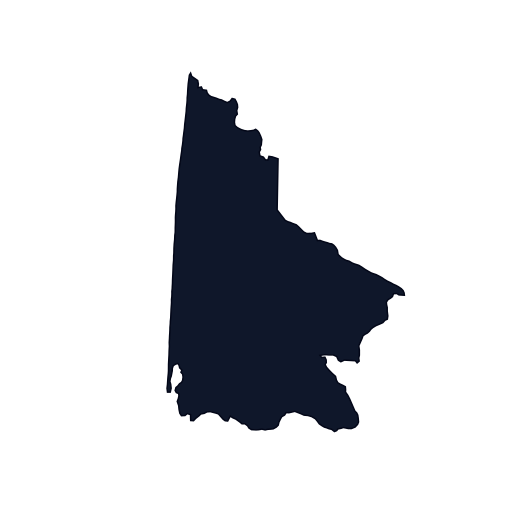 Conde, Bahia, Brazil, rotated 161°
{"feature_id": "56859067B41531106356", "entity_name": "Conde", "entity_type": "district", "adm_level": 2, "iso_a3": "BRA", "parent_name": "Brazil", "parent_adm1": "Bahia", "projection": "robinson", "projection_center": [-37.676, -11.864], "detail": "fine", "context": "isolated", "style": "filled", "palette": "ink", "viewbox_px": 512, "rotation_deg": 161, "n_neighbors": 0, "source": "geoboundaries", "source_scale": "gbopen_adm2", "svg_char_len": 4452}
<svg xmlns="http://www.w3.org/2000/svg" viewBox="0 0 512 512"><g transform="rotate(161 256 256)"><path d="M384.0,156.1L381.4,155.2L379.3,158.6L378.4,162.6L378.3,165.4L376.8,168.2L375.3,170.0L373.8,172.6L372.6,174.7L371.6,177.2L369.9,179.3L367.4,179.9L364.9,179.9L364.3,177.6L364.6,175.1L363.2,172.3L364.8,170.5L363.8,168.2L364.4,165.2L365.9,162.2L367.6,160.7L369.9,160.1L372.3,158.5L374.5,157.7L376.2,155.2L375.8,152.8L373.9,151.2L374.4,148.8L375.9,146.4L377.8,144.1L377.8,139.7L378.7,136.0L379.2,132.1L378.5,129.3L375.1,128.3L372.3,129.4L369.5,127.3L370.5,124.4L371.3,121.7L368.7,120.6L365.9,122.1L361.9,123.5L359.6,124.6L356.2,124.1L353.1,124.6L349.8,123.7L347.4,122.1L345.0,120.5L342.9,118.9L341.6,115.7L340.2,112.3L338.8,110.3L336.5,109.2L334.4,111.2L332.5,113.0L330.6,110.6L328.2,108.4L325.3,104.3L323.9,101.9L321.1,101.0L319.2,98.2L318.7,95.7L316.8,93.3L312.6,91.6L310.1,90.9L306.8,90.4L304.0,88.6L301.3,88.3L298.3,87.5L296.0,87.0L292.6,87.6L290.1,88.8L288.4,91.5L285.9,94.0L284.0,95.7L280.8,96.3L278.5,98.1L275.9,97.1L273.1,96.8L269.9,96.5L267.4,94.4L264.8,92.2L262.4,89.9L258.8,88.3L255.6,86.0L252.8,82.7L251.7,79.7L250.8,76.7L248.9,74.1L247.1,72.0L245.0,70.5L243.2,68.9L240.9,67.5L239.0,64.5L236.7,64.6L234.7,65.8L231.7,65.4L229.3,65.4L227.0,64.1L225.0,62.9L222.1,61.8L218.0,62.0L214.8,63.7L213.1,65.7L212.2,69.3L211.6,72.4L211.9,74.9L213.0,77.1L214.0,90.1L214.6,94.4L215.7,98.2L214.8,100.5L214.1,103.3L216.2,105.6L218.1,107.4L219.9,109.5L220.4,112.4L220.0,116.3L222.1,120.0L224.0,124.0L225.6,127.9L226.0,130.9L224.3,132.3L223.5,134.9L223.8,137.9L227.0,138.7L227.8,141.2L224.3,140.6L221.9,139.9L219.2,138.7L215.2,137.3L212.4,134.7L212.0,130.6L210.2,128.4L206.4,128.8L196.1,124.6L195.2,122.0L192.7,123.0L192.1,126.1L190.6,128.5L188.9,133.4L188.1,137.6L182.7,143.4L180.9,145.7L178.4,146.5L175.8,146.9L173.2,148.0L171.4,149.3L168.9,150.3L165.3,151.1L161.0,151.4L157.8,151.7L154.9,153.3L152.4,153.5L150.9,156.4L149.9,161.1L148.7,164.6L148.4,167.4L147.8,169.9L145.5,171.7L142.4,172.4L140.2,173.2L138.3,175.6L135.1,174.7L133.5,172.7L128.5,170.6L128.0,172.9L128.2,175.4L129.3,177.8L131.4,180.6L133.2,182.6L135.3,184.5L137.3,186.8L140.1,189.5L142.5,192.4L143.9,194.4L146.0,196.7L148.5,199.3L150.9,201.1L152.7,202.6L154.9,205.1L157.3,207.9L159.5,210.9L161.8,213.7L163.8,215.2L165.7,216.6L167.4,218.1L169.7,220.8L172.3,222.6L174.1,224.5L175.8,226.6L177.9,230.7L177.2,234.9L177.9,238.3L179.0,240.9L180.4,242.8L182.4,243.8L184.1,245.2L186.6,246.9L188.5,248.3L190.4,249.9L192.9,250.6L193.2,258.9L196.2,259.3L200.8,260.8L203.1,263.2L204.6,266.2L206.3,269.8L207.8,272.4L210.9,274.9L212.7,276.6L214.7,278.0L216.8,280.2L221.0,292.7L203.5,340.7L205.4,342.2L208.3,344.4L211.3,346.0L213.5,342.9L215.8,343.8L216.8,347.1L219.7,349.4L219.1,353.3L217.1,355.1L216.7,357.4L214.8,359.4L213.6,362.1L212.6,364.2L212.6,367.7L213.0,371.6L213.7,373.8L215.1,375.9L217.3,375.6L220.1,376.1L223.1,376.8L226.1,378.3L228.8,380.3L230.5,382.0L232.0,383.7L233.4,386.2L232.9,389.4L231.6,392.4L229.8,395.0L227.5,396.2L226.9,399.8L225.0,402.5L224.3,405.3L224.4,408.1L224.9,411.1L227.3,412.7L230.1,410.8L233.2,410.4L235.7,412.6L237.8,414.8L239.8,416.0L242.2,418.1L246.8,421.5L248.4,423.8L249.1,426.3L248.9,428.8L252.4,430.6L252.6,433.6L256.1,434.1L254.5,437.4L254.0,440.9L256.0,443.7L258.3,446.8L258.3,450.2L260.1,448.7L262.0,444.9L264.0,440.9L265.3,437.9L266.7,434.6L268.0,431.3L269.5,428.1L270.4,425.6L271.6,422.8L272.7,420.5L273.7,418.4L274.9,415.4L276.8,411.4L278.9,407.0L280.6,403.5L282.0,400.2L283.7,396.8L285.3,393.5L286.6,391.0L287.6,388.5L289.3,385.0L290.9,382.1L291.9,379.7L293.9,375.9L296.0,371.7L298.5,366.9L300.3,363.3L301.9,359.7L303.7,355.6L305.5,352.0L307.2,348.1L308.5,345.0L309.5,342.2L310.9,339.1L312.1,336.5L314.0,332.5L315.3,329.6L316.3,326.6L317.4,323.8L318.4,321.6L319.6,318.7L320.4,316.3L321.2,314.0L322.2,311.4L323.1,309.1L323.9,306.8L324.7,304.6L325.9,302.2L327.6,297.9L329.4,294.0L331.0,290.1L332.7,285.4L333.7,283.2L335.2,279.0L337.2,274.5L338.7,270.6L340.4,266.2L341.5,263.5L342.7,260.5L344.0,257.0L345.0,254.6L345.9,252.3L347.0,250.0L347.8,247.6L348.8,245.0L350.0,242.5L351.0,239.5L351.9,237.3L353.6,233.3L354.9,230.0L355.8,227.7L356.7,225.4L358.2,222.2L359.2,219.6L360.5,216.7L361.6,213.7L362.6,211.2L363.5,209.1L364.8,205.8L366.2,202.4L367.3,198.8L369.0,194.6L370.5,190.6L372.2,186.4L373.9,182.2L375.1,178.8L376.2,175.7L377.2,173.3L378.5,170.5L380.0,167.0L381.5,163.4L383.2,159.9L384.0,156.1Z" fill="#0f172a" stroke="#020617" stroke-width="1.5"/></g></svg>